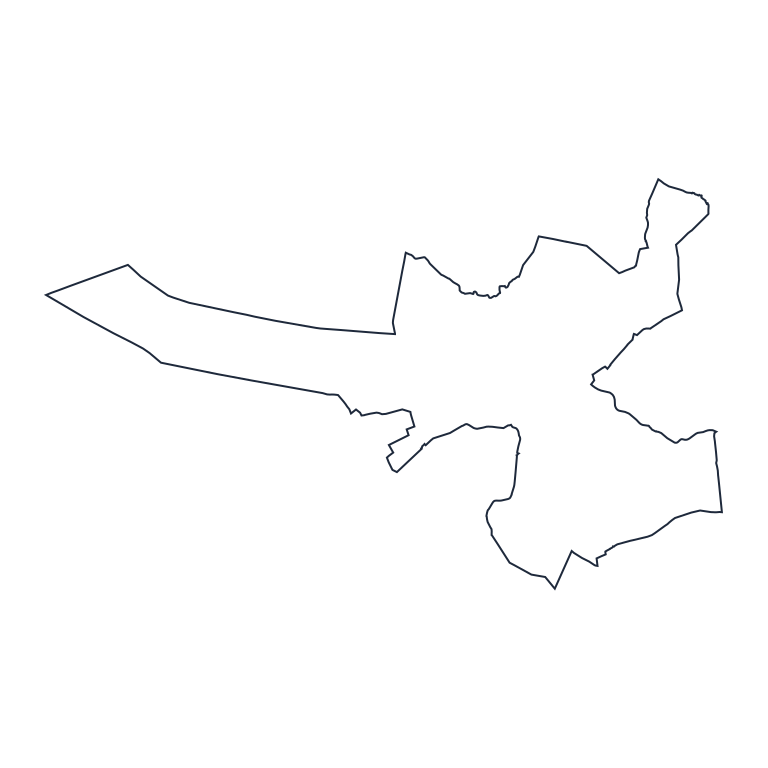 the district of Woudenberg, Utrecht, Netherlands
{"feature_id": "6326949B36718410472652", "entity_name": "Woudenberg", "entity_type": "district", "adm_level": 2, "iso_a3": "NLD", "parent_name": "Netherlands", "parent_adm1": "Utrecht", "projection": "mercator", "projection_center": [5.439, 52.08], "detail": "fine", "context": "isolated", "style": "outline", "palette": "slate", "viewbox_px": 768, "rotation_deg": 0, "n_neighbors": 0, "source": "geoboundaries", "source_scale": "gbopen_adm2", "svg_char_len": 6086}
<svg xmlns="http://www.w3.org/2000/svg" viewBox="0 0 768 768"><path d="M683.2,190.7L680.1,189.6L668.9,186.4L663.8,183.4L661.1,181.2L658.3,179.3L652.1,193.8L649.1,200.5L648.9,201.2L648.8,202.3L649.1,203.4L649.0,204.3L648.7,205.2L647.2,208.8L646.9,212.9L647.0,213.6L647.2,215.1L646.3,217.7L647.4,220.6L647.8,221.9L648.0,222.8L648.0,225.1L647.6,227.6L645.3,233.6L645.1,234.5L644.9,237.6L645.0,239.0L645.4,239.9L646.0,240.9L645.7,241.2L646.5,242.4L647.6,246.8L648.0,247.7L640.1,249.1L639.3,251.0L638.8,252.4L637.2,260.4L636.1,264.8L636.1,265.4L635.9,265.8L635.2,266.1L634.3,267.3L625.4,270.6L622.1,272.1L619.1,273.2L586.8,246.0L586.4,245.8L566.3,241.7L566.3,241.8L553.0,239.0L538.8,236.4L538.5,237.0L535.3,246.6L533.3,251.9L523.1,265.1L519.8,274.8L518.9,276.8L518.1,276.6L517.3,276.9L514.7,278.9L512.7,279.8L511.5,281.3L510.6,281.7L509.1,283.2L508.7,284.7L507.8,286.4L507.6,286.8L506.6,287.5L505.9,287.6L505.4,287.2L504.8,286.0L504.1,286.2L501.5,286.1L499.9,286.3L499.7,286.5L499.5,287.1L499.5,289.0L499.5,289.9L500.1,292.7L500.0,293.1L498.9,293.5L497.2,295.4L496.1,296.1L495.5,296.3L494.5,296.0L493.9,296.1L491.2,297.8L490.0,297.9L489.3,297.6L488.1,295.4L487.3,295.0L485.4,295.7L483.3,295.9L479.8,295.5L478.1,295.1L477.2,294.4L476.3,292.4L475.2,291.6L474.6,291.6L473.9,291.9L473.6,292.4L473.6,293.3L473.4,293.8L473.1,294.0L472.2,293.7L470.1,293.1L465.0,293.8L463.7,293.1L461.7,292.5L460.5,291.4L459.7,290.5L459.6,288.0L459.4,286.6L458.9,285.6L457.1,284.3L455.2,283.3L453.2,282.1L449.8,279.1L449.1,278.6L448.6,278.6L443.1,275.5L441.6,274.9L441.1,274.6L430.2,264.0L429.5,263.1L428.7,261.7L427.9,260.5L424.9,257.4L424.1,257.2L416.6,258.7L415.5,258.7L414.6,258.2L412.9,256.2L411.2,254.9L409.4,254.4L405.8,252.7L405.5,253.9L404.1,261.8L402.3,270.8L393.1,320.1L392.9,322.3L392.9,323.1L394.7,332.1L395.0,333.5L395.0,334.1L379.6,333.1L342.0,330.1L328.4,329.1L320.4,328.5L316.0,327.9L275.4,320.8L254.8,316.7L246.6,314.8L233.6,312.2L189.2,302.8L173.3,297.6L168.0,295.6L140.7,276.6L133.4,269.8L127.9,264.9L70.8,285.7L58.2,290.4L51.2,292.9L46.1,295.0L83.5,317.0L113.4,333.2L131.6,342.4L143.0,348.5L149.5,353.0L161.0,362.7L217.8,374.2L251.7,380.5L322.6,393.1L327.1,394.4L329.9,394.6L331.8,394.5L334.4,394.6L337.0,394.9L338.1,395.1L343.6,401.6L345.6,404.2L347.2,406.6L349.3,409.2L351.0,413.5L356.0,409.5L360.1,412.7L361.5,415.5L364.2,415.2L365.0,414.9L370.2,413.7L376.1,412.7L377.0,412.7L378.9,413.0L380.0,413.4L382.0,414.2L385.9,413.9L402.3,409.4L410.4,411.9L410.8,414.2L411.3,416.0L414.4,426.5L406.7,429.4L408.6,435.2L388.9,445.0L393.2,452.6L388.9,455.8L386.9,457.6L388.7,462.3L392.3,469.6L392.5,469.9L396.9,472.1L420.7,449.7L421.3,449.0L421.2,448.7L421.7,448.7L422.2,446.3L424.1,444.6L424.5,444.0L425.7,445.2L430.9,440.3L433.2,438.4L450.0,433.0L454.0,430.6L461.9,426.0L462.9,425.7L465.2,424.4L466.2,424.1L467.2,424.2L469.1,425.1L473.7,428.0L475.3,428.5L477.1,428.8L483.2,427.6L486.6,426.7L488.4,426.6L492.6,426.8L497.8,427.5L503.5,428.1L508.1,425.4L509.6,425.3L511.0,424.8L512.3,426.8L513.1,427.3L515.7,428.1L516.5,428.6L517.3,429.6L517.8,430.4L518.3,431.6L518.7,433.3L519.0,435.4L520.0,437.4L520.2,438.8L520.1,439.9L518.4,446.2L517.3,451.5L517.2,452.7L517.3,453.0L518.6,453.5L517.8,454.1L517.2,455.0L516.6,455.3L516.9,456.0L516.8,457.8L515.6,471.9L514.7,481.7L514.3,485.1L513.9,486.9L511.6,494.3L511.7,494.6L510.4,497.3L509.9,498.0L509.4,498.4L508.1,499.0L501.6,500.5L499.8,500.7L496.5,500.6L495.1,500.7L494.2,501.0L493.2,501.9L492.2,503.4L488.8,509.1L487.9,510.1L487.6,510.7L487.0,512.9L486.4,516.1L486.7,516.5L487.0,519.1L487.5,521.4L487.7,522.1L490.3,527.2L491.5,529.1L491.7,531.2L491.6,535.1L492.0,535.4L497.7,544.1L509.6,562.7L514.5,565.3L531.4,574.6L545.2,577.0L554.8,588.7L571.7,551.0L573.9,552.9L582.0,558.0L589.2,561.6L594.6,565.2L595.7,565.6L597.5,565.9L596.6,558.4L601.4,556.2L605.7,554.4L605.3,551.9L605.4,551.5L606.9,550.6L609.7,549.1L609.9,549.0L609.9,548.8L612.0,547.7L612.9,547.0L613.0,546.4L614.1,546.5L614.3,546.2L615.0,545.7L617.2,544.4L617.8,544.2L630.2,540.8L633.4,540.1L647.6,536.7L651.9,535.1L654.9,533.1L664.7,526.0L667.5,524.1L669.3,522.4L672.2,520.0L675.0,518.0L691.2,512.6L700.1,510.5L710.9,512.1L715.8,512.3L719.6,512.0L721.9,512.2L719.0,483.5L718.3,477.0L718.1,475.4L717.8,470.6L717.0,466.3L716.2,463.2L716.2,462.8L716.7,460.6L716.7,459.8L716.0,451.9L715.0,442.8L714.9,441.5L714.1,436.3L714.4,433.2L715.9,431.9L716.2,431.7L712.7,430.2L709.6,430.1L707.7,430.4L705.6,431.1L703.1,432.1L697.6,432.9L695.8,433.8L689.4,438.5L687.9,439.3L686.8,439.7L685.0,439.8L682.4,439.2L681.3,439.2L680.4,439.7L677.8,442.1L677.2,442.5L676.0,442.8L674.6,442.6L667.3,438.2L661.3,433.1L658.5,431.9L656.0,431.5L656.0,431.3L655.3,431.3L652.0,429.6L650.7,428.0L649.5,426.9L649.1,426.1L648.4,425.7L647.6,425.7L646.7,425.5L643.0,425.0L641.8,424.6L640.5,423.9L639.2,422.8L636.4,419.8L629.8,414.2L628.6,413.4L625.0,411.9L619.5,410.8L618.4,410.4L617.4,409.7L617.0,409.4L616.1,408.3L615.3,406.6L615.0,405.5L614.7,399.7L614.3,398.1L613.9,396.8L612.8,395.0L612.1,394.3L610.3,392.9L609.4,392.5L601.2,390.6L598.1,389.4L594.9,387.5L592.5,385.7L591.1,384.4L594.2,380.4L592.6,374.6L593.0,374.5L602.2,368.2L605.1,366.6L605.4,366.8L607.4,368.8L610.4,365.1L610.3,364.7L614.9,359.1L620.6,352.6L623.9,349.1L627.5,344.8L627.5,344.6L632.6,339.6L632.6,339.1L633.8,334.1L633.9,333.9L637.0,335.1L642.5,330.0L643.9,329.1L646.3,328.5L650.4,328.6L650.5,328.4L661.3,321.1L663.5,319.3L670.4,316.1L682.0,310.3L681.4,307.3L678.9,299.5L677.4,294.0L677.4,293.4L679.1,279.7L678.4,265.2L678.3,257.2L678.1,256.6L677.6,254.5L676.0,244.8L681.5,239.7L688.0,233.2L690.6,231.2L691.7,230.5L708.3,214.1L708.5,213.2L708.4,212.7L708.4,209.7L708.6,206.4L708.5,205.0L708.4,204.7L707.8,204.4L707.8,203.5L707.7,203.2L707.4,203.1L706.7,203.7L705.4,201.2L705.5,200.6L704.1,199.5L703.4,199.2L702.7,198.5L701.5,197.7L701.4,197.3L701.7,195.8L701.6,195.5L701.4,195.4L700.4,195.6L699.2,194.9L698.8,195.4L698.4,195.5L696.7,194.6L696.1,194.6L694.9,194.1L694.5,193.7L694.4,193.3L694.3,193.2L692.4,192.7L692.2,192.8L692.1,193.2L691.9,193.4L690.9,192.9L688.1,192.7L686.5,192.4L684.6,191.5L683.2,190.7Z" fill="none" stroke="#1e293b" stroke-width="2"/></svg>